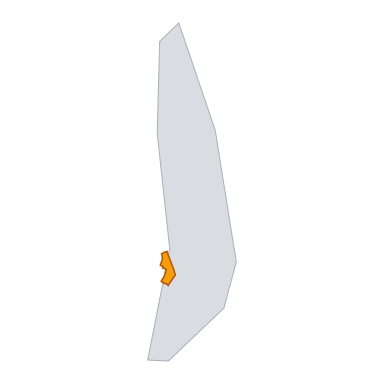 Fakaifou, Tuvalu (highlighted)
{"feature_id": "33948139B58863011361490", "entity_name": "Fakaifou", "entity_type": "district", "adm_level": 2, "iso_a3": "TUV", "parent_name": "Tuvalu", "parent_adm1": "", "projection": "natural_earth1", "projection_center": [179.2, -8.516], "detail": "fine", "context": "in_parent", "style": "filled", "palette": "amber", "viewbox_px": 384, "rotation_deg": 0, "n_neighbors": 0, "source": "geoboundaries", "source_scale": "gbopen_adm2", "svg_char_len": 696}
<svg xmlns="http://www.w3.org/2000/svg" viewBox="0 0 384 384"><path d="M223.9,308.1L168.4,361.0L147.7,360.0L169.7,248.5L157.2,133.1L159.7,41.3L178.8,23.0L215.2,130.2L236.3,261.9L223.9,308.1Z" fill="#d9dde1" stroke="#a8b0b8" stroke-width="1"/><path d="M161.5,253.9L162.0,254.8L162.4,258.7L162.4,259.2L161.8,260.8L160.3,265.3L162.9,266.5L162.6,268.0L166.3,269.3L165.3,272.9L164.4,275.7L163.2,278.0L161.2,281.2L162.0,281.9L164.1,283.3L164.9,283.7L166.1,283.4L168.2,285.5L169.7,283.1L175.3,275.0L173.5,268.4L172.6,266.4L170.7,261.4L169.8,259.1L169.7,258.7L168.5,255.8L167.0,251.4L164.3,252.4L163.4,252.8L162.5,253.3L162.3,253.5L161.5,253.9Z" fill="#f59e0b" stroke="#b45309" stroke-width="1.5"/></svg>